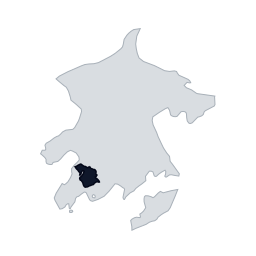 Shamkir District, Şəmkir, Azerbaijan shown in context, rotated 280°
{"feature_id": "54616110B57585842497805", "entity_name": "Shamkir District", "entity_type": "district", "adm_level": 2, "iso_a3": "AZE", "parent_name": "Azerbaijan", "parent_adm1": "Şəmkir", "projection": "mercator", "projection_center": [46.075, 40.851], "detail": "fine", "context": "in_parent", "style": "filled", "palette": "ink", "viewbox_px": 256, "rotation_deg": 280, "n_neighbors": 0, "source": "geoboundaries", "source_scale": "gbopen_adm2", "svg_char_len": 4626}
<svg xmlns="http://www.w3.org/2000/svg" viewBox="0 0 256 256"><g transform="rotate(280 128 128)"><path d="M174.5,208.0L173.5,207.9L166.2,209.6L164.6,209.1L158.4,201.1L157.1,200.2L154.4,199.8L152.8,198.5L151.5,196.4L150.8,194.8L144.3,190.4L143.3,188.8L143.2,187.4L144.2,186.2L145.3,185.1L148.4,184.0L152.1,183.1L153.3,182.4L153.9,181.2L153.9,179.4L153.3,177.5L147.9,174.2L147.4,172.8L147.2,171.0L147.5,169.2L148.3,167.7L152.7,165.8L155.0,163.7L153.5,161.4L148.9,156.2L143.3,150.5L139.6,150.5L135.4,152.2L128.5,157.0L124.8,159.1L119.8,162.6L114.5,166.4L110.1,170.5L107.3,173.8L102.5,175.3L100.0,178.1L91.8,186.5L89.5,186.4L89.4,182.2L89.5,178.9L89.0,177.0L86.4,174.4L86.3,173.3L87.0,172.6L89.1,173.0L91.7,172.8L92.9,171.8L90.1,168.4L87.6,166.0L85.5,164.5L85.1,163.6L85.1,162.9L85.5,162.1L89.1,160.2L89.5,158.4L89.2,156.5L83.5,153.6L79.2,154.7L75.4,151.4L72.9,148.9L69.9,146.2L67.1,144.7L64.5,141.4L59.9,137.9L57.0,136.9L57.0,136.3L57.6,135.7L58.8,135.1L66.9,135.3L67.9,134.7L68.4,133.1L69.6,130.9L70.9,127.6L70.8,124.9L62.6,120.4L56.6,116.3L52.5,110.9L49.7,105.9L49.8,104.2L50.6,102.7L57.0,98.1L57.4,96.9L57.3,96.1L55.0,93.7L52.2,91.3L51.3,89.5L49.5,88.6L46.1,88.5L40.1,85.5L38.8,85.3L38.5,84.7L38.8,84.1L43.1,82.8L43.0,81.8L41.7,80.5L39.3,79.6L37.1,77.2L36.3,75.0L44.1,68.7L46.3,67.5L51.4,68.6L61.9,72.8L61.1,75.1L62.2,76.4L64.6,78.2L69.2,80.0L73.1,80.9L75.1,80.1L78.1,79.5L82.0,81.5L85.6,84.1L87.4,85.2L88.4,85.5L91.1,84.6L94.4,81.3L95.7,77.2L96.0,75.2L94.1,72.5L90.2,69.6L85.8,67.0L82.9,64.7L81.1,60.2L79.3,59.7L78.8,59.1L78.5,57.6L78.6,55.4L79.2,53.8L81.0,53.0L82.8,52.8L84.5,51.2L86.5,48.1L87.4,46.4L91.2,47.4L91.7,50.1L92.4,50.7L94.0,50.4L96.7,49.2L98.8,50.1L101.5,53.4L105.3,56.9L107.3,59.3L108.1,60.9L110.0,62.5L112.8,64.3L115.1,67.2L117.1,73.9L119.1,75.4L126.3,78.0L128.9,78.5L136.0,79.4L138.5,78.7L142.2,73.0L145.5,67.0L148.5,65.8L154.1,62.9L157.4,60.2L158.8,57.3L162.0,51.7L163.9,48.6L167.2,51.4L172.9,58.9L181.0,71.1L183.0,74.5L184.3,78.5L185.4,83.3L187.3,87.6L195.5,98.3L199.1,102.2L204.9,107.3L206.9,108.5L209.6,108.8L214.6,108.8L219.2,110.8L221.4,112.2L223.8,114.2L225.9,116.5L228.0,122.8L220.0,120.7L212.0,121.0L207.5,122.4L203.1,124.2L198.9,126.7L196.2,131.7L194.0,143.3L190.8,154.0L190.9,159.0L192.3,163.7L192.1,166.0L190.7,167.0L188.8,169.0L186.3,178.8L185.1,180.7L183.5,181.9L183.1,180.8L183.2,178.2L179.7,175.9L177.8,178.5L176.6,183.9L174.0,189.5L173.9,190.6L174.5,208.0ZM56.0,107.0L56.4,105.4L55.4,104.7L54.3,104.7L53.4,105.4L53.4,107.4L54.7,107.7L56.0,107.0ZM29.8,152.1L28.6,150.5L28.0,149.6L31.6,148.9L37.4,146.7L39.0,147.8L40.7,149.9L41.6,151.8L41.8,155.2L42.5,155.8L45.3,154.6L46.6,156.0L48.8,157.7L52.6,159.3L58.1,156.7L60.9,156.1L63.1,156.1L64.3,156.9L64.7,159.6L64.3,162.9L63.7,164.7L64.8,166.0L69.3,169.1L71.2,170.9L70.3,173.9L73.7,181.3L74.8,184.2L76.1,187.7L69.2,186.3L56.8,183.4L53.4,181.8L50.2,177.7L48.3,175.7L45.4,173.1L43.1,172.2L41.3,170.4L40.3,167.8L38.9,165.4L36.3,162.6L30.5,153.1L29.8,152.1ZM37.1,87.5L36.4,88.1L35.2,87.5L34.8,86.3L34.9,85.1L36.1,84.8L37.0,85.1L37.3,86.3L37.1,87.5Z" fill="#d9dde1" stroke="#a8b0b8" stroke-width="1"/><path d="M80.6,82.6L80.4,83.0L79.8,83.5L79.3,83.8L78.8,84.4L78.3,85.1L78.0,85.7L77.5,86.2L76.5,87.1L76.1,87.7L75.8,88.2L75.5,88.6L74.7,88.6L74.0,88.6L73.3,88.6L73.3,88.8L73.4,89.1L74.1,89.5L75.0,89.7L75.7,89.7L76.5,89.9L77.3,90.1L77.9,90.7L78.1,91.1L78.0,91.8L77.9,92.2L76.7,92.2L75.9,92.0L75.1,91.8L74.5,91.6L74.0,91.4L73.4,91.0L72.8,90.8L72.3,90.4L71.9,90.2L71.7,89.9L71.5,89.6L71.3,89.4L70.7,89.2L69.7,89.2L69.2,89.6L68.6,89.8L68.4,90.2L68.3,90.6L68.1,91.2L67.6,91.7L67.1,92.2L66.5,92.8L65.8,93.2L64.3,93.9L63.3,94.6L62.8,95.1L62.4,95.8L62.4,96.5L62.4,96.8L62.9,97.4L62.9,98.1L63.1,98.3L63.2,98.6L63.7,99.3L64.2,99.8L64.5,100.3L64.7,100.7L64.9,101.3L65.5,101.9L65.7,102.4L66.0,103.0L66.3,103.7L66.6,103.9L67.2,104.2L67.9,104.4L68.5,105.2L68.8,105.6L69.5,106.2L69.7,106.7L69.7,107.1L69.7,107.7L69.6,108.5L69.8,109.2L70.2,109.1L70.8,108.6L71.2,108.2L71.6,107.7L72.0,107.2L72.3,106.8L72.7,106.1L72.9,105.6L73.1,105.2L73.3,104.7L73.5,104.5L74.3,104.4L74.7,105.0L75.2,105.2L75.8,105.5L76.3,105.6L76.6,104.9L76.9,104.5L77.5,104.3L78.1,104.2L78.9,104.2L79.4,104.1L79.9,104.0L80.3,103.6L80.8,103.1L81.2,102.6L81.3,102.2L81.2,101.6L81.1,101.3L81.4,100.4L81.6,99.5L81.7,98.6L82.0,98.1L82.7,97.5L83.0,97.2L82.8,97.1L82.8,96.2L82.5,95.8L82.3,95.5L81.9,95.1L81.9,94.6L82.0,94.1L82.3,93.7L82.5,93.4L82.7,92.9L82.7,92.4L82.7,91.4L82.8,90.9L83.1,90.4L83.3,90.0L83.5,89.5L83.9,88.8L84.2,88.3L84.2,87.8L84.2,87.4L83.7,86.7L83.2,86.0L82.7,85.4L82.3,84.8L81.8,84.4L81.4,84.0L81.1,83.5L80.9,83.0L80.6,82.6Z" fill="#0f172a" stroke="#020617" stroke-width="1.5"/></g></svg>